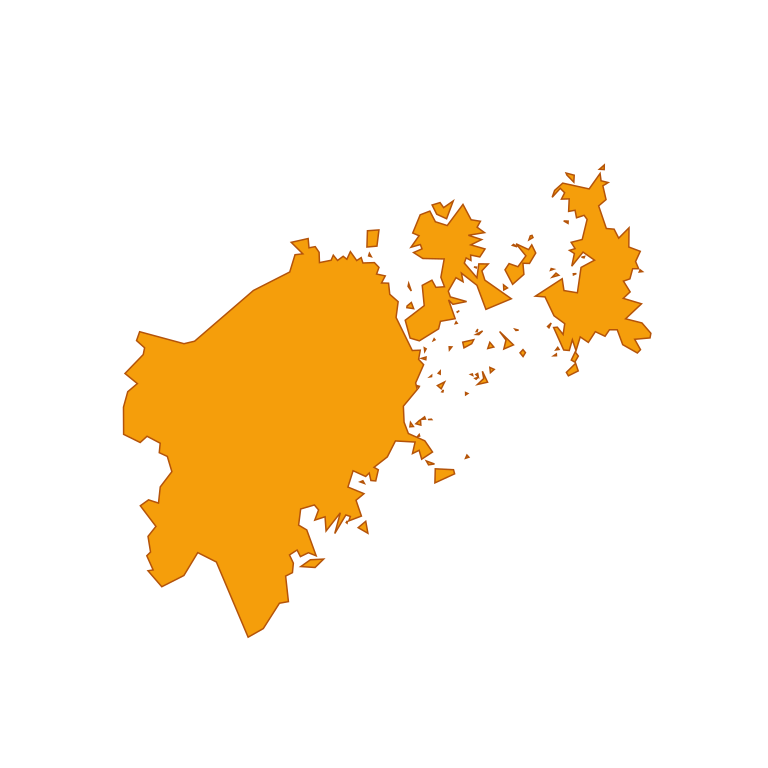 the district of Manggarai Barat, Nusa Tenggara Timur, Indonesia, rotated 154°
{"feature_id": "22746128B27819456459641", "entity_name": "Manggarai Barat", "entity_type": "district", "adm_level": 2, "iso_a3": "IDN", "parent_name": "Indonesia", "parent_adm1": "Nusa Tenggara Timur", "projection": "albers", "projection_center": [119.785, -8.574], "detail": "fine", "context": "isolated", "style": "filled", "palette": "amber", "viewbox_px": 768, "rotation_deg": 154, "n_neighbors": 0, "source": "geoboundaries", "source_scale": "gbopen_adm2", "svg_char_len": 6223}
<svg xmlns="http://www.w3.org/2000/svg" viewBox="0 0 768 768"><g transform="rotate(154 384 384)"><path d="M617.1,216.0L599.7,217.1L574.1,232.8L565.3,230.3L556.6,254.5L549.0,254.6L544.0,262.7L543.9,271.8L534.9,272.9L534.8,265.5L525.9,265.5L520.3,259.3L517.4,286.7L522.6,294.6L513.7,308.2L499.6,305.8L498.0,299.5L505.9,292.0L495.2,290.5L500.5,277.3L479.7,287.4L493.8,271.2L475.7,283.0L472.3,279.7L475.7,276.4L462.2,275.2L460.1,291.8L450.1,294.2L461.6,307.2L449.8,319.6L441.0,308.9L436.3,310.5L438.1,303.0L433.9,300.5L426.7,309.4L429.5,313.5L413.0,317.0L398.7,327.8L381.5,318.2L388.9,309.0L381.5,309.0L383.1,299.9L370.2,301.6L372.2,315.0L383.8,328.8L382.7,340.9L376.3,355.6L356.5,364.5L355.1,371.1L339.9,384.0L342.1,391.0L336.6,398.5L343.9,401.7L344.0,438.5L335.2,451.8L339.5,462.1L335.7,472.6L341.9,475.9L335.5,480.6L342.5,486.1L337.4,491.0L339.4,497.3L349.9,502.0L349.1,507.6L354.4,506.9L356.2,517.7L362.7,512.4L364.7,516.7L371.6,515.4L373.1,522.0L377.3,518.4L388.8,521.4L384.6,530.8L385.6,537.6L391.7,539.3L388.4,548.0L405.3,552.0L399.9,536.6L407.3,539.2L419.6,526.0L460.4,525.3L535.5,505.5L546.1,507.9L580.7,538.1L587.4,531.5L583.3,521.5L587.5,516.0L612.2,507.0L605.5,492.5L617.7,489.4L628.3,477.4L640.1,452.9L628.8,438.3L619.9,440.9L611.1,428.9L616.1,420.8L610.5,413.9L613.1,398.2L630.2,389.6L638.9,375.8L646.4,383.1L656.4,381.4L651.4,356.0L662.9,350.5L667.5,335.3L672.5,333.6L673.0,318.1L678.0,319.6L672.6,299.2L647.8,299.6L625.3,314.1L612.7,297.5L617.1,216.0ZM142.7,300.8L138.4,302.4L139.1,314.3L124.7,308.8L121.9,312.6L125.4,325.8L138.3,336.7L117.4,343.2L131.4,356.1L122.4,358.9L123.7,371.5L116.9,370.7L110.0,378.6L104.6,376.0L104.2,383.8L95.5,390.9L103.9,399.8L95.3,417.0L109.1,412.2L109.3,422.3L116.0,426.3L113.0,450.0L103.6,452.4L100.4,466.2L94.2,466.8L99.8,471.5L97.5,478.5L114.1,469.4L135.3,486.2L145.8,483.2L151.0,478.1L139.8,482.6L137.8,476.7L143.5,472.4L136.4,469.2L142.4,458.2L136.1,456.4L138.1,449.0L130.2,447.9L129.3,442.9L142.5,427.0L153.7,429.3L152.9,421.9L158.7,422.8L155.7,417.8L163.6,407.6L147.3,415.3L140.5,403.0L155.8,402.4L170.2,381.2L181.3,389.1L177.7,400.5L209.4,396.6L201.1,391.7L201.3,370.8L195.1,359.0L201.3,350.0L203.3,359.1L206.8,360.4L207.6,335.8L202.8,332.9L195.3,341.2L196.8,329.8L187.0,340.3L182.1,331.8L171.1,338.4L164.4,330.0L157.6,333.9L150.6,330.5L152.2,314.7L142.7,300.8ZM259.7,406.4L232.2,404.8L247.8,433.1L246.4,442.8L237.7,446.2L246.1,450.4L253.9,438.8L258.8,457.5L254.9,461.3L251.7,456.9L249.6,461.9L242.2,456.2L234.0,461.1L245.0,471.0L232.9,471.0L243.0,480.7L227.3,476.0L231.6,484.1L226.0,488.0L233.7,493.4L234.3,510.8L257.7,498.7L266.7,507.3L267.0,519.3L277.3,520.2L292.0,507.1L287.5,501.9L299.8,495.1L290.2,493.4L290.6,488.8L299.8,489.2L294.1,479.8L275.1,470.0L286.1,455.0L287.0,444.9L295.0,448.1L295.4,456.3L306.4,455.9L313.5,436.8L337.0,432.0L340.4,413.8L333.3,407.3L310.8,409.6L305.8,415.6L291.4,411.5L289.1,431.3L287.1,425.4L273.6,421.9L286.2,433.2L285.5,439.3L272.7,448.0L268.1,441.2L265.8,449.7L257.2,432.0L259.7,406.4ZM224.7,417.2L210.2,421.2L206.2,431.6L200.4,428.6L190.2,435.2L190.2,444.3L195.1,441.4L203.8,452.1L200.3,437.0L212.2,430.7L218.8,437.4L225.2,433.6L224.7,417.2ZM329.9,511.0L321.0,524.7L331.7,529.0L339.3,514.6L329.9,511.0ZM255.3,505.1L241.5,518.2L253.1,516.4L254.1,522.5L262.3,523.8L262.2,513.5L255.3,505.1ZM381.6,272.8L359.9,272.3L359.1,276.5L375.1,285.3L381.6,272.8ZM526.4,249.3L515.0,253.1L527.2,258.3L538.8,256.4L526.4,249.3ZM300.2,342.6L290.1,340.2L290.0,352.3L292.0,345.2L300.2,342.6ZM261.0,362.9L250.5,362.4L257.1,380.5L255.1,370.0L261.0,362.9ZM470.2,266.2L463.9,256.9L460.6,268.6L470.2,266.2ZM296.3,381.4L287.5,381.8L283.9,384.5L294.9,387.1L296.3,381.4ZM214.7,310.5L203.7,310.6L202.7,318.6L215.0,314.5L214.7,310.5ZM202.9,320.0L197.1,323.9L198.1,329.0L205.2,323.4L202.9,320.0ZM124.9,482.2L121.5,488.3L127.9,493.8L128.0,491.5L124.9,482.2ZM334.7,354.6L328.6,359.3L336.7,359.2L334.7,354.6ZM275.2,370.4L269.1,369.1L270.6,375.1L275.2,370.4ZM186.0,406.3L179.2,405.1L180.8,408.3L186.0,406.3ZM324.3,438.7L323.7,445.3L329.1,444.0L330.0,442.6L324.3,438.7ZM211.1,362.2L207.0,365.5L211.8,364.0L211.1,362.2ZM235.1,416.0L230.9,416.2L233.1,420.7L235.1,416.0ZM376.2,332.9L377.0,337.9L379.5,334.2L376.2,332.9ZM281.6,352.5L283.4,347.5L278.5,348.8L281.6,352.5ZM247.0,347.7L243.1,350.2L244.0,354.0L248.1,352.4L247.0,347.7ZM277.1,386.8L272.1,388.5L279.6,388.2L277.1,386.8ZM96.3,482.6L92.1,480.2L90.0,484.3L96.3,482.6ZM339.1,390.6L335.8,387.5L334.4,389.8L339.1,390.6ZM379.4,291.8L373.7,290.0L379.7,296.3L379.4,291.8ZM372.8,334.3L368.9,330.9L367.1,335.3L367.9,335.8L372.8,334.3ZM340.6,283.8L343.3,281.5L339.8,281.0L340.6,283.8ZM310.3,385.9L306.8,387.6L309.1,388.9L310.3,385.9ZM207.8,452.3L204.2,448.9L206.4,452.7L207.8,452.3ZM331.9,398.9L333.1,395.4L330.7,397.1L331.9,398.9ZM151.0,451.8L148.2,447.7L147.1,449.7L151.0,451.8ZM317.7,463.6L319.6,461.2L318.7,455.6L317.7,463.6ZM190.6,450.0L185.9,450.3L185.8,452.7L187.6,453.0L190.6,450.0ZM214.7,339.3L211.5,338.3L211.8,340.8L214.7,339.3ZM448.4,306.5L445.2,303.2L445.4,306.3L448.4,306.5ZM297.3,352.3L296.1,349.0L295.2,352.4L297.3,352.3ZM315.4,338.4L312.8,338.7L314.4,340.6L315.4,338.4ZM215.9,335.5L219.2,335.0L216.6,333.8L215.9,335.5ZM366.1,335.9L362.1,334.3L361.9,336.7L366.1,335.9ZM341.7,505.9L339.6,504.0L339.8,507.9L341.7,505.9ZM327.8,371.0L330.6,369.9L329.2,368.2L327.8,371.0ZM374.5,323.2L376.9,322.1L374.8,321.6L374.5,323.2ZM150.9,411.4L148.9,409.7L147.8,410.7L150.9,411.4ZM275.6,392.3L278.1,390.7L277.4,390.3L275.6,392.3ZM333.2,352.7L335.4,351.6L334.6,351.0L333.2,352.7ZM251.8,449.8L250.2,447.9L249.7,448.5L251.8,449.8ZM360.1,332.8L356.7,331.1L356.8,331.6L360.1,332.8ZM299.1,347.9L296.5,348.7L299.8,349.2L299.1,347.9ZM319.1,402.7L320.7,401.4L318.8,401.4L319.1,402.7ZM291.9,408.3L293.5,407.0L291.6,406.5L291.9,408.3ZM105.5,372.8L102.4,371.7L103.7,374.3L105.5,372.8ZM300.2,354.3L301.9,354.6L300.5,352.8L300.2,354.3ZM476.9,277.1L478.7,276.1L478.2,275.1L476.9,277.1ZM354.4,367.5L354.6,365.4L353.2,366.4L354.4,367.5ZM165.9,399.0L162.7,398.9L165.5,400.1L165.9,399.0ZM184.5,413.2L181.1,412.8L183.1,414.5L184.5,413.2ZM286.6,416.3L284.2,416.9L286.7,416.7L286.6,416.3ZM242.0,374.3L239.4,373.4L242.3,375.9L242.0,374.3ZM337.4,370.9L339.7,370.3L338.0,369.8L337.4,370.9Z" fill="#f59e0b" stroke="#b45309" stroke-width="1.5"/></g></svg>